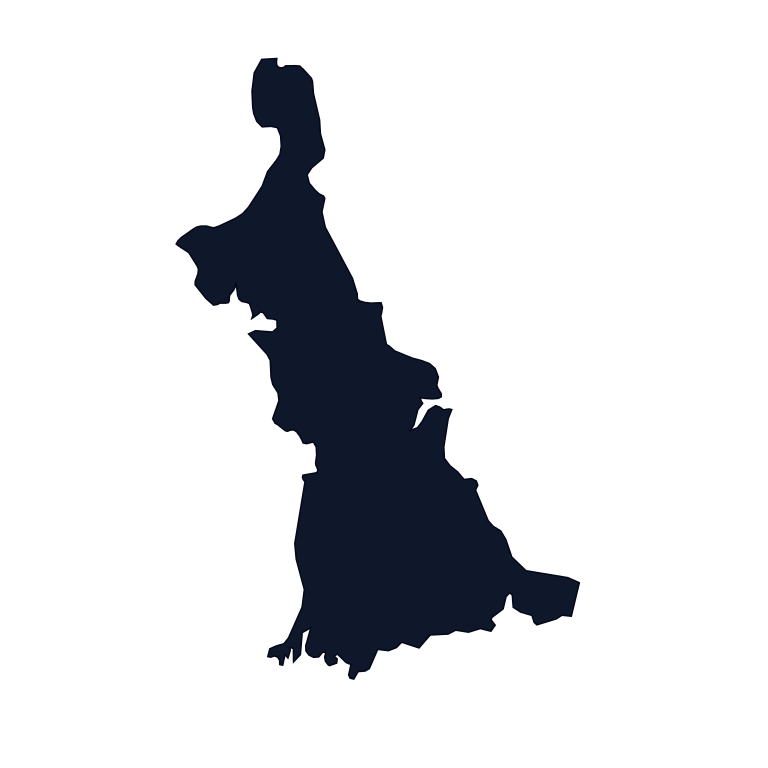 the Unitary Single-Tier County of Cornwall, rotated 102°
{"feature_id": "GBR-2110", "entity_name": "Cornwall", "entity_type": "Unitary Single-Tier County", "adm_level": 1, "iso_a3": "GBR", "parent_name": "United Kingdom", "parent_adm1": "", "projection": "robinson", "projection_center": [-4.862, 50.441], "detail": "fine", "context": "isolated", "style": "filled", "palette": "ink", "viewbox_px": 768, "rotation_deg": 102, "n_neighbors": 0, "source": "natural_earth", "source_scale": "10m", "svg_char_len": 3254}
<svg xmlns="http://www.w3.org/2000/svg" viewBox="0 0 768 768"><g transform="rotate(102 384 384)"><path d="M670.8,378.8L670.4,380.1L667.4,383.6L663.5,385.3L658.8,385.1L658.9,388.1L664.5,391.1L666.0,396.0L664.7,401.1L661.3,404.9L656.3,406.1L637.7,404.9L644.2,412.3L666.1,409.5L674.7,414.7L661.4,417.7L661.4,421.0L664.6,420.3L672.1,421.0L669.3,424.6L680.1,424.6L680.1,427.6L675.7,428.8L673.2,431.4L672.8,434.7L674.8,438.1L674.8,441.0L666.7,440.6L662.5,434.7L658.9,427.9L652.2,424.6L619.3,417.7L601.6,419.2L573.7,433.4L558.6,438.1L495.3,441.0L495.4,441.8L494.2,443.2L492.2,444.4L490.0,444.3L484.7,431.2L482.0,430.8L479.7,432.1L477.7,433.7L475.4,434.5L467.6,435.1L459.7,437.2L455.4,441.1L458.5,447.3L458.5,450.9L455.8,452.7L452.2,455.8L449.1,459.3L447.7,462.4L448.3,465.4L450.3,468.6L450.3,470.6L445.8,479.7L445.1,482.3L441.2,485.7L422.1,483.3L414.8,485.8L407.6,492.7L400.9,495.9L384.5,500.2L379.3,504.5L363.2,526.9L358.6,520.9L356.3,503.8L351.4,500.2L343.8,502.0L343.5,506.2L344.2,511.7L339.3,517.0L339.3,520.0L341.6,521.4L347.4,526.9L344.2,526.6L341.6,527.5L336.8,530.2L333.2,532.4L332.7,535.9L332.9,539.9L331.3,543.3L327.9,545.5L315.5,549.9L319.9,549.8L323.2,550.5L328.7,553.2L330.6,553.4L335.1,552.7L336.8,553.2L337.7,555.3L339.1,561.7L340.6,563.0L342.3,567.1L337.3,576.0L326.2,589.4L322.7,590.0L314.9,588.9L310.2,589.4L307.5,591.2L296.1,602.2L291.6,613.8L290.2,616.4L286.8,615.3L282.8,612.7L271.3,602.0L269.4,599.7L267.7,596.3L266.4,590.2L266.7,586.3L266.6,582.9L263.8,578.2L252.8,563.7L246.7,557.6L239.1,553.2L215.9,544.3L200.3,542.0L187.4,535.7L181.0,533.5L172.9,533.9L162.8,536.7L155.4,541.6L155.5,548.2L157.8,556.6L153.5,563.1L146.6,567.6L140.8,569.9L125.0,574.0L106.5,575.6L91.9,571.1L87.9,556.5L91.7,556.1L94.4,555.2L96.1,553.2L96.2,550.2L95.1,547.9L93.9,546.6L93.3,546.6L91.2,537.5L90.5,532.4L92.0,530.2L92.8,528.6L100.1,518.5L103.1,516.8L114.5,513.4L139.1,501.9L152.3,498.3L167.2,490.6L175.6,490.4L187.5,499.6L195.3,502.7L203.2,498.8L208.8,491.6L211.6,486.8L212.7,482.3L214.8,480.5L228.5,480.5L242.8,474.1L287.1,436.9L301.2,429.0L306.5,427.6L307.8,425.1L308.2,419.5L307.6,413.5L305.1,403.8L309.4,401.4L315.3,401.1L318.2,401.3L344.9,389.8L345.7,387.0L349.4,380.5L352.8,361.8L353.3,352.0L354.6,343.7L358.3,337.1L366.0,332.2L373.9,332.2L376.7,330.6L381.7,325.9L384.6,325.3L386.8,328.0L388.5,333.6L389.5,340.2L389.9,345.6L392.4,344.4L393.4,343.6L394.9,342.1L401.9,345.5L417.8,346.2L424.0,348.6L419.8,342.2L413.1,339.0L400.4,335.2L394.4,329.0L395.0,324.5L396.9,320.5L394.9,315.4L394.9,312.4L404.5,314.0L433.1,312.4L444.1,309.5L450.2,302.5L454.7,293.7L460.7,285.8L458.3,278.6L459.7,273.5L463.5,271.2L468.8,272.4L496.0,253.7L500.5,247.7L503.5,239.2L510.7,232.6L526.7,223.0L537.1,206.3L535.2,163.8L537.8,151.6L572.2,152.5L573.2,161.9L577.9,166.6L587.8,184.4L586.0,187.6L579.6,191.1L578.7,203.0L575.5,211.2L563.9,214.6L562.0,217.6L566.7,220.4L579.2,220.7L589.9,229.9L592.4,230.3L596.8,225.1L603.6,228.0L603.2,239.0L609.2,249.7L609.9,262.7L615.3,269.4L619.9,286.6L634.9,294.9L632.9,313.1L639.1,316.9L643.9,324.1L644.9,335.0L665.5,339.2L668.7,342.8L670.7,349.5L678.9,352.2L678.8,356.0L676.0,358.1L665.3,358.0L664.3,363.2L660.2,369.7L657.9,373.4L660.5,376.2L662.7,372.6L666.9,372.3L670.8,378.8Z" fill="#0f172a" stroke="#020617" stroke-width="1.5"/></g></svg>